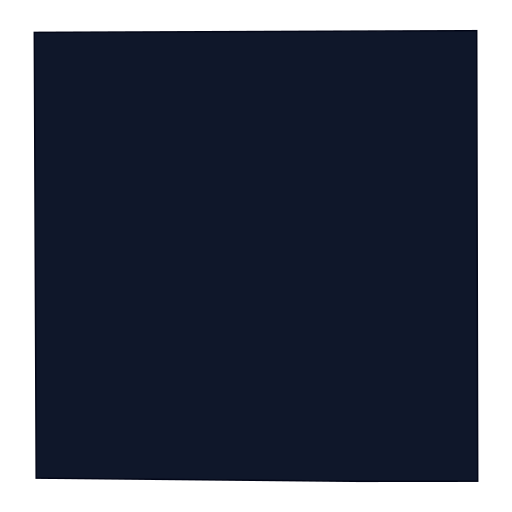 Haskell, Texas, United States of America
{"feature_id": "52423323B88573225501787", "entity_name": "Haskell", "entity_type": "district", "adm_level": 2, "iso_a3": "USA", "parent_name": "United States of America", "parent_adm1": "Texas", "projection": "mercator", "projection_center": [-99.668, 33.178], "detail": "fine", "context": "isolated", "style": "filled", "palette": "ink", "viewbox_px": 512, "rotation_deg": 0, "n_neighbors": 0, "source": "geoboundaries", "source_scale": "gbopen_adm2", "svg_char_len": 200}
<svg xmlns="http://www.w3.org/2000/svg" viewBox="0 0 512 512"><path d="M477.7,481.2L476.7,30.7L34.3,32.4L36.2,478.1L357.6,481.3L477.7,481.2Z" fill="#0f172a" stroke="#020617" stroke-width="1.5"/></svg>